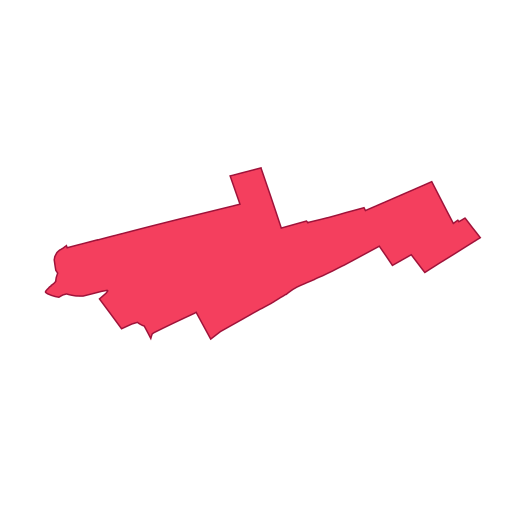 outline of Independenta, Calarasi, Romania, rotated 49°
{"feature_id": "2599482B9869535617898", "entity_name": "Independenta", "entity_type": "district", "adm_level": 2, "iso_a3": "ROU", "parent_name": "Romania", "parent_adm1": "Calarasi", "projection": "robinson", "projection_center": [27.18, 44.323], "detail": "fine", "context": "isolated", "style": "filled", "palette": "rose", "viewbox_px": 512, "rotation_deg": 49, "n_neighbors": 0, "source": "geoboundaries", "source_scale": "gbopen_adm2", "svg_char_len": 2717}
<svg xmlns="http://www.w3.org/2000/svg" viewBox="0 0 512 512"><g transform="rotate(49 256 256)"><path d="M379.2,139.4L379.3,138.8L380.1,133.1L380.8,128.6L381.6,123.1L384.4,106.1L386.8,90.5L388.7,78.4L389.3,74.9L389.3,74.7L388.8,74.7L387.3,74.6L379.5,74.2L377.0,74.1L365.7,73.4L364.5,73.4L364.1,75.6L363.9,76.9L363.8,77.3L363.2,80.4L362.3,80.3L361.4,80.2L361.1,83.0L360.9,85.7L347.4,82.5L338.0,80.2L315.2,74.6L306.3,103.0L293.5,143.6L290.4,142.8L284.9,154.2L282.3,159.5L280.6,163.2L278.9,166.9L276.5,171.9L274.1,176.9L274.0,177.0L273.9,177.1L272.5,179.9L271.1,182.7L268.9,186.9L265.0,194.4L264.9,194.5L264.7,194.6L264.7,194.8L264.8,195.0L264.7,195.0L262.7,195.0L251.5,218.6L236.4,212.3L221.4,206.1L207.1,200.3L196.8,196.1L193.3,194.7L192.8,194.4L178.6,223.0L206.4,234.1L201.4,243.9L183.8,278.1L183.2,279.2L178.2,288.9L165.0,314.9L144.8,355.3L139.9,365.3L139.7,365.2L127.1,390.6L125.9,393.1L123.8,392.3L123.8,392.8L123.7,393.4L123.7,393.5L123.6,394.4L123.6,394.9L123.5,396.5L123.2,397.9L123.0,399.4L122.8,399.7L122.7,400.5L122.7,402.2L122.8,404.0L123.6,406.1L124.5,408.3L125.5,409.5L126.5,410.8L131.0,413.7L133.2,415.1L135.5,416.5L138.8,416.9L141.2,420.9L142.3,422.2L143.4,423.5L143.8,423.8L143.9,424.9L144.1,426.1L144.0,428.6L143.8,429.7L143.9,430.0L144.1,430.2L144.0,431.3L143.9,432.3L144.1,433.4L144.2,434.4L144.2,435.2L144.3,435.9L144.4,436.6L144.5,437.3L144.7,437.9L145.0,438.5L145.4,438.6L145.8,438.6L147.8,438.1L150.9,436.5L151.2,436.4L154.9,434.1L156.4,432.9L157.8,431.8L158.2,429.6L158.7,427.3L159.5,425.6L160.3,423.9L162.3,422.6L164.2,421.2L166.1,419.7L168.0,418.1L170.4,415.5L172.8,412.8L177.1,404.3L181.4,395.7L182.8,393.3L184.2,390.9L185.1,390.8L185.4,392.1L185.7,393.4L185.7,402.3L204.2,403.7L222.7,405.2L224.3,399.7L225.9,394.3L227.1,391.6L228.3,389.0L229.7,388.7L230.8,388.4L233.7,387.3L235.6,386.3L236.0,386.4L242.6,387.9L249.2,389.5L247.9,387.5L246.7,385.5L246.8,384.4L246.9,383.4L249.6,373.0L252.4,362.7L255.6,351.3L258.9,339.9L259.2,338.1L274.1,341.4L289.0,344.7L289.7,332.3L293.6,313.5L296.8,297.7L297.4,294.7L298.3,290.6L298.8,288.0L299.5,285.6L299.9,283.6L300.8,279.6L301.7,275.7L301.9,274.3L302.2,272.9L302.4,271.2L302.7,269.5L303.0,267.6L303.3,265.7L303.3,265.4L303.6,263.9L304.0,262.1L304.2,260.7L304.4,259.3L304.5,258.8L304.6,258.7L304.8,258.5L304.9,255.7L305.2,252.2L305.5,249.5L305.9,247.7L306.2,245.9L306.8,243.8L307.5,241.4L308.3,238.9L308.9,237.1L309.4,235.3L310.9,230.9L311.4,229.2L312.0,227.5L312.2,226.3L312.5,225.2L313.0,223.5L313.8,221.1L314.6,218.8L316.0,213.5L317.5,208.2L318.9,202.3L320.4,196.5L320.6,196.1L325.1,176.1L325.7,173.4L329.5,156.5L341.1,157.8L346.8,158.5L352.6,159.2L356.9,138.0L375.3,139.2L379.2,139.4Z" fill="#f43f5e" stroke="#9f1239" stroke-width="1.5"/></g></svg>